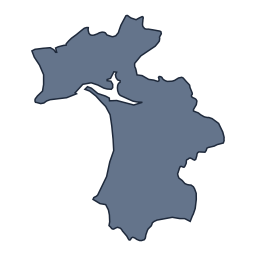 Setúbal, Robinson projection
{"feature_id": "PRT-5498", "entity_name": "Setúbal", "entity_type": "District", "adm_level": 1, "iso_a3": "PRT", "parent_name": "Portugal", "parent_adm1": "", "projection": "robinson", "projection_center": [-8.638, 38.295], "detail": "fine", "context": "isolated", "style": "filled", "palette": "slate", "viewbox_px": 256, "rotation_deg": 0, "n_neighbors": 0, "source": "natural_earth", "source_scale": "10m", "svg_char_len": 3387}
<svg xmlns="http://www.w3.org/2000/svg" viewBox="0 0 256 256"><path d="M109.0,225.6L109.7,221.8L109.4,214.9L108.4,209.9L105.7,204.6L100.0,203.6L93.0,199.4L93.8,197.6L95.0,196.9L96.3,196.3L97.7,195.0L106.6,176.6L109.8,161.8L113.7,150.6L113.1,139.4L111.8,126.2L110.1,114.7L105.7,106.5L101.3,102.0L95.9,96.0L89.7,91.1L84.9,89.3L87.5,86.7L91.4,88.2L97.8,93.5L105.6,96.1L109.3,98.1L109.5,100.8L116.7,100.5L133.8,105.0L142.4,102.3L137.3,102.0L132.8,101.1L120.2,95.4L118.7,93.7L117.7,90.8L117.4,87.9L117.7,85.3L118.6,83.3L120.1,82.3L120.1,80.7L117.6,79.9L116.0,77.5L115.4,74.6L116.6,72.2L113.9,71.8L110.5,78.4L107.1,79.5L107.1,80.7L110.9,81.2L112.7,84.3L112.7,87.7L111.3,89.3L107.2,89.0L103.8,88.1L97.8,85.0L91.2,82.8L82.8,84.3L75.1,92.8L76.5,93.8L66.7,97.7L50.1,99.7L46.6,101.0L43.9,103.0L40.7,103.6L36.3,102.4L35.5,102.3L35.0,101.2L35.0,99.7L35.5,98.4L36.1,97.8L37.4,96.0L42.5,91.1L43.6,84.5L43.6,74.7L39.5,65.1L34.3,57.2L31.9,50.9L35.0,49.3L43.0,48.3L50.3,47.7L53.9,49.8L55.6,52.3L56.7,52.3L55.6,48.0L58.2,46.8L63.6,45.4L66.2,45.1L66.2,43.8L68.7,40.9L71.5,38.2L76.4,34.6L82.5,29.6L83.2,29.1L84.2,28.3L85.0,28.0L86.9,27.5L88.3,27.6L88.1,30.2L88.9,33.3L90.3,34.8L92.0,35.3L94.0,35.1L97.5,33.8L99.3,32.8L102.1,32.1L104.1,32.3L105.4,32.9L107.0,35.0L111.8,36.6L112.9,36.7L115.8,35.8L118.4,32.6L118.9,30.9L120.9,25.2L125.9,15.8L127.1,15.4L128.3,16.0L129.3,16.9L131.3,18.1L136.1,19.7L139.3,17.9L142.2,16.6L143.1,17.1L143.2,18.1L142.9,19.7L142.8,21.2L142.6,22.8L142.5,24.6L142.8,26.4L144.7,28.7L146.7,29.2L148.2,29.1L152.7,29.8L159.8,31.1L160.9,31.7L161.3,33.8L159.5,37.1L159.7,38.5L159.3,41.1L157.9,43.0L155.2,46.2L140.9,55.8L134.7,63.3L134.6,64.9L134.8,66.9L135.5,68.2L136.0,69.9L137.0,74.9L142.1,75.6L148.7,79.4L153.7,80.1L157.8,81.4L158.9,80.8L159.1,79.7L158.8,78.3L158.5,77.3L159.2,76.5L160.8,76.7L162.0,77.5L162.5,78.6L163.5,79.6L165.1,80.6L167.2,81.4L172.1,81.2L174.6,80.4L178.5,78.0L181.7,77.3L183.2,78.0L186.5,81.8L188.7,84.1L189.6,85.2L189.6,85.4L189.7,85.6L189.8,86.2L190.0,87.5L192.3,93.2L192.2,94.4L191.5,95.1L191.5,96.3L192.3,97.4L194.8,98.5L196.0,99.4L196.9,101.0L196.3,104.7L193.5,109.4L193.5,111.0L194.6,111.5L198.3,112.9L200.7,114.8L204.2,116.8L205.8,117.2L207.4,117.5L208.9,117.5L212.1,118.6L218.6,123.4L222.8,132.1L224.1,137.3L224.0,139.2L224.1,140.7L223.3,143.0L217.2,144.6L214.2,146.1L208.2,147.5L206.9,148.2L206.2,150.5L205.0,152.2L198.9,151.9L197.6,152.8L197.0,154.1L196.8,155.8L195.7,159.4L194.6,160.1L193.2,159.6L191.9,158.7L190.2,158.0L189.0,158.3L188.0,159.2L186.8,159.7L186.4,160.6L186.3,161.5L186.3,162.5L186.1,163.6L185.2,165.5L184.9,166.2L184.2,167.1L183.4,167.2L182.4,166.8L181.5,166.4L180.3,166.5L179.4,168.3L179.0,169.8L178.5,171.1L178.2,172.3L177.6,173.7L177.8,174.8L178.1,175.9L178.9,178.0L182.2,180.5L184.8,183.5L187.0,184.5L188.9,184.9L191.1,185.1L193.4,186.8L194.6,188.9L196.2,193.3L196.3,199.3L195.2,208.5L193.3,214.1L192.5,215.6L190.2,221.4L185.1,218.8L184.4,218.6L179.9,218.6L172.3,217.3L157.0,220.1L154.0,221.5L152.3,222.9L151.9,224.4L151.2,225.9L148.2,228.9L147.4,230.4L145.8,235.0L145.6,236.6L145.3,238.2L144.3,239.7L141.4,240.6L139.5,240.5L136.6,239.3L135.3,238.3L133.9,237.6L132.6,237.3L131.5,237.9L130.9,238.9L130.2,239.9L129.2,240.0L128.4,239.0L126.8,236.1L122.4,230.9L121.8,229.8L120.5,228.3L117.6,227.3L116.4,227.7L114.9,228.4L113.7,229.1L112.5,229.0L111.6,228.5L110.6,227.1L109.0,225.6Z" fill="#64748b" stroke="#1e293b" stroke-width="1.5"/></svg>